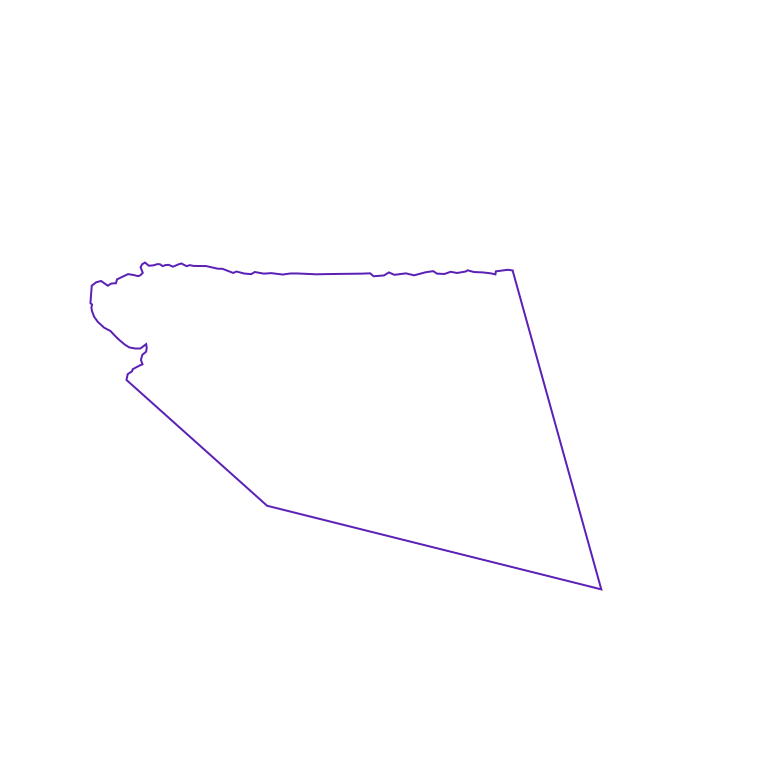 outline of Ngeburch, Melekeok, Palau, rotated 305°
{"feature_id": "81905179B7917113976902", "entity_name": "Ngeburch", "entity_type": "district", "adm_level": 2, "iso_a3": "PLW", "parent_name": "Palau", "parent_adm1": "Melekeok", "projection": "equal_earth", "projection_center": [134.624, 7.51], "detail": "fine", "context": "isolated", "style": "outline", "palette": "violet", "viewbox_px": 768, "rotation_deg": 305, "n_neighbors": 0, "source": "geoboundaries", "source_scale": "gbopen_adm2", "svg_char_len": 1301}
<svg xmlns="http://www.w3.org/2000/svg" viewBox="0 0 768 768"><g transform="rotate(305 384 384)"><path d="M550.8,424.2L548.5,419.8L540.4,411.0L537.7,412.4L535.8,407.8L532.3,401.3L527.3,393.4L525.1,387.3L523.1,386.5L516.8,380.1L514.2,374.3L508.8,370.4L504.8,364.1L504.7,359.6L499.5,354.1L490.3,346.3L487.2,338.5L479.4,329.9L478.2,324.0L472.9,321.7L466.3,313.7L466.7,309.1L461.8,302.7L441.6,274.6L435.2,265.9L424.7,249.4L421.0,244.1L415.6,238.3L410.1,228.0L405.5,222.3L401.6,213.9L397.8,212.2L394.3,206.1L391.5,198.6L388.5,196.8L385.7,185.6L383.1,181.7L378.6,170.7L371.5,160.3L370.0,156.8L367.3,154.7L366.5,148.9L364.2,147.1L359.1,143.9L358.1,139.3L356.1,136.8L353.6,135.1L353.6,131.9L352.4,129.8L348.8,126.9L346.0,123.5L346.4,118.6L343.4,117.2L340.1,117.6L336.7,122.6L333.4,122.1L331.4,120.8L329.3,115.6L327.2,111.3L316.6,105.3L312.8,106.6L309.8,102.9L306.1,101.4L306.1,93.1L302.2,89.9L296.9,88.2L281.8,97.2L281.7,99.2L278.6,100.6L276.2,103.0L272.8,108.0L270.7,114.0L269.6,122.5L270.5,129.6L269.2,135.8L268.2,142.0L267.6,149.3L267.9,154.4L270.5,160.1L273.3,164.0L276.4,165.1L280.2,166.3L277.8,168.7L274.1,170.6L269.2,169.3L264.3,171.1L261.6,174.9L259.3,173.4L252.1,169.7L249.8,170.3L245.1,168.4L239.6,170.7L217.2,358.1L340.4,679.8L550.8,424.2Z" fill="none" stroke="#5b21b6" stroke-width="2"/></g></svg>